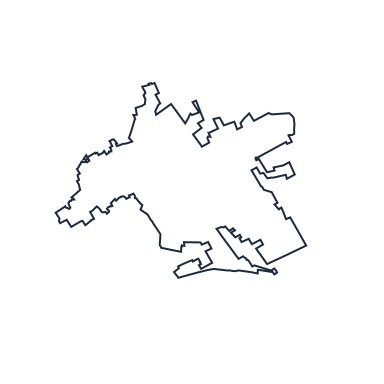 Tixkokob, Yucatán, Mexico (Natural Earth projection), rotated 325°
{"feature_id": "50627088B39788143145852", "entity_name": "Tixkokob", "entity_type": "district", "adm_level": 2, "iso_a3": "MEX", "parent_name": "Mexico", "parent_adm1": "Yucatán", "projection": "natural_earth1", "projection_center": [-89.387, 20.975], "detail": "fine", "context": "isolated", "style": "outline", "palette": "slate", "viewbox_px": 384, "rotation_deg": 325, "n_neighbors": 0, "source": "geoboundaries", "source_scale": "gbopen_adm2", "svg_char_len": 6030}
<svg xmlns="http://www.w3.org/2000/svg" viewBox="0 0 384 384"><g transform="rotate(325 192 192)"><path d="M234.2,298.0L254.8,301.4L257.9,269.1L253.5,268.2L253.6,267.5L255.0,262.1L256.3,256.0L255.4,255.9L253.2,256.1L252.4,249.5L255.8,249.9L257.2,237.9L252.1,231.4L252.4,228.1L252.2,227.4L251.8,226.7L252.2,221.8L252.8,213.9L253.2,208.3L259.0,209.0L258.4,216.1L261.5,217.4L261.6,224.0L265.6,225.9L266.5,226.7L267.8,227.3L278.7,231.7L278.5,232.3L278.0,233.6L277.3,235.6L278.4,235.7L282.3,236.2L286.2,236.6L287.6,229.3L288.3,225.7L288.8,223.4L287.3,223.2L281.8,222.5L281.8,222.4L281.4,222.3L272.9,218.7L271.9,221.8L264.8,218.8L265.7,203.5L262.9,202.9L263.0,201.6L264.1,201.8L264.1,200.5L265.8,201.4L297.8,205.0L297.4,207.1L302.5,208.2L303.6,200.9L304.3,201.0L306.6,202.7L309.1,203.0L311.4,199.5L313.4,196.9L314.5,195.7L314.9,195.1L317.7,189.9L317.8,189.6L317.9,189.0L317.0,183.3L302.1,174.3L301.4,173.2L299.9,171.3L299.9,171.2L283.5,169.2L283.9,160.4L277.1,161.6L271.2,163.4L270.3,167.4L264.9,166.6L267.0,158.7L261.0,157.0L260.9,157.0L256.3,155.7L257.0,149.5L257.2,146.9L251.4,144.6L249.7,155.0L240.4,153.4L240.3,153.5L239.6,153.3L239.5,153.2L238.7,157.3L237.2,155.8L235.7,156.3L235.3,157.3L235.2,158.0L234.5,161.4L226.0,160.5L226.2,159.1L225.9,145.4L236.6,145.0L236.3,139.1L242.8,139.6L247.7,119.5L244.0,118.7L243.9,120.4L243.8,121.3L243.7,122.9L243.6,129.0L243.3,130.2L243.1,130.8L236.1,128.9L236.1,128.2L235.7,126.9L233.2,128.1L231.7,129.2L225.8,131.9L225.5,116.4L225.4,112.5L225.4,111.8L225.3,107.9L206.9,108.2L208.3,104.7L212.1,102.6L214.7,101.2L215.0,101.2L216.7,101.3L217.4,96.2L217.4,95.7L217.9,91.4L221.6,92.0L223.8,81.2L221.0,80.5L221.0,80.4L221.0,79.4L219.7,79.0L218.6,78.5L218.3,79.7L212.9,77.7L211.7,77.2L211.3,79.2L211.1,82.1L210.9,83.2L210.7,83.9L210.3,83.9L210.1,84.2L209.4,84.3L208.3,85.1L207.8,85.1L207.8,85.8L207.5,86.3L207.5,86.5L207.3,87.0L207.4,87.5L207.4,87.8L207.2,88.1L207.2,88.8L207.1,89.2L203.7,93.0L200.2,92.7L196.2,91.5L194.0,90.8L191.2,97.0L189.7,96.6L188.2,95.3L187.4,99.5L187.0,99.5L180.8,104.4L179.1,105.8L174.2,109.5L173.1,110.3L172.5,110.7L172.2,110.9L171.8,111.3L171.2,111.5L171.9,114.9L171.9,116.4L166.0,114.6L162.6,112.8L161.5,112.7L156.8,111.3L157.2,109.0L158.4,109.2L158.3,105.7L158.0,103.9L156.7,103.3L156.4,103.2L156.2,103.4L154.1,103.0L153.6,103.0L153.8,104.1L153.6,104.7L153.5,105.0L153.0,108.7L150.3,108.5L150.3,109.3L150.2,109.6L150.1,111.2L149.2,112.5L148.4,112.0L147.9,111.8L147.7,111.6L147.3,111.2L147.1,111.2L146.2,112.2L146.1,112.3L145.6,112.2L144.0,112.2L143.5,112.2L143.5,110.4L143.6,109.3L143.6,107.9L142.8,108.1L142.4,108.4L142.0,108.5L141.7,108.7L141.4,108.9L139.5,108.5L136.7,108.3L136.9,105.4L135.2,105.2L135.2,104.3L128.8,103.8L126.2,103.7L126.4,101.2L124.2,102.0L122.0,102.9L123.3,104.6L126.1,104.8L125.8,107.5L123.1,107.5L123.1,106.2L122.2,106.4L121.5,106.2L120.6,105.5L119.8,105.0L119.6,103.8L119.2,103.9L118.8,104.1L118.1,104.1L117.9,104.5L117.3,104.7L116.6,105.1L116.3,105.2L116.1,105.4L115.8,105.4L115.1,105.6L113.3,106.6L112.0,107.1L110.9,107.2L110.7,112.5L109.1,112.5L108.3,112.3L107.8,112.9L107.5,113.7L107.2,114.3L107.1,115.1L106.9,115.8L106.4,117.3L104.0,117.1L103.7,120.6L101.6,126.1L94.5,126.9L90.2,127.3L90.2,128.1L90.8,128.7L91.0,129.3L91.1,130.5L89.4,129.5L87.9,129.9L87.2,129.2L85.8,129.5L85.3,129.9L84.3,130.2L83.8,132.1L83.3,135.1L82.5,135.3L81.6,135.3L80.8,133.8L80.4,133.0L80.2,133.0L79.7,131.6L79.9,131.0L78.6,131.1L68.4,130.8L68.3,137.6L66.3,139.6L66.1,141.9L73.4,142.9L73.1,151.3L84.2,152.2L85.8,152.9L85.6,158.0L93.6,157.5L93.6,157.3L96.4,157.8L97.1,149.9L99.5,150.2L105.7,149.2L106.3,151.1L106.3,151.4L106.5,152.1L106.5,152.5L106.6,152.9L106.7,153.5L106.6,154.8L106.7,156.6L107.1,157.4L107.8,157.9L108.6,158.3L109.8,158.8L110.1,160.1L109.9,160.9L112.4,160.7L113.2,159.9L113.2,158.8L112.7,158.1L112.7,157.9L112.7,156.9L114.0,156.5L114.8,156.4L115.3,156.6L115.5,156.6L116.9,156.7L117.1,156.8L117.4,157.4L118.0,157.6L118.7,157.8L118.8,157.2L119.0,156.4L119.0,156.1L119.1,154.6L124.8,153.5L124.9,155.6L128.9,154.9L130.2,155.2L130.5,155.0L130.7,154.9L131.7,155.5L132.1,155.6L132.6,155.7L133.4,156.2L134.4,158.5L134.1,159.7L134.2,159.9L134.6,159.9L136.4,160.2L137.2,160.2L137.9,160.6L138.4,158.6L139.4,159.0L140.1,159.1L140.3,159.2L141.0,159.3L141.4,159.4L142.4,159.7L143.0,159.7L143.0,160.5L143.1,161.2L143.0,162.2L142.1,164.0L141.8,164.4L142.4,164.9L142.9,165.5L142.8,166.9L142.8,167.4L142.7,168.3L142.8,168.7L143.2,170.4L142.9,171.1L143.1,171.4L143.3,172.0L143.5,173.3L143.8,174.2L139.7,177.0L142.5,184.4L142.7,184.5L142.6,185.7L142.6,186.0L142.7,186.9L142.3,189.4L142.3,192.5L142.5,193.0L142.2,195.8L142.0,206.4L141.9,208.5L137.8,213.7L135.9,215.9L135.1,217.0L135.0,218.3L135.2,218.8L134.8,220.1L143.8,229.6L148.7,234.7L152.1,230.5L152.4,230.8L153.1,230.0L154.8,231.8L154.9,231.6L156.7,228.5L157.7,229.3L168.3,236.9L170.0,238.2L169.8,240.7L176.5,242.2L175.5,249.5L169.1,248.3L168.8,251.3L167.9,261.6L155.4,260.2L155.7,255.9L158.0,256.2L158.1,254.2L158.6,254.2L158.9,250.2L157.3,249.9L152.9,249.5L153.1,247.9L143.8,245.9L137.9,245.0L137.6,246.9L131.3,247.3L131.7,253.4L131.5,254.4L142.5,258.3L151.0,261.4L160.4,265.0L165.8,267.6L176.7,277.2L177.7,277.6L179.4,279.4L179.6,279.6L182.0,281.7L183.0,282.1L184.9,282.8L187.0,284.6L195.2,292.3L196.6,293.9L199.1,296.4L200.4,294.6L201.3,293.5L203.7,295.7L212.1,303.9L212.2,304.5L212.2,306.7L213.2,306.8L215.5,306.7L215.8,304.3L215.5,301.8L212.2,301.8L212.2,302.3L201.0,287.9L198.6,287.6L198.7,286.1L198.9,285.3L198.8,283.6L199.0,281.2L199.0,280.4L197.7,278.8L198.3,277.8L198.0,277.1L197.2,275.2L197.0,274.0L193.0,273.6L191.8,273.5L191.6,266.3L191.3,253.2L191.2,251.5L191.0,242.4L191.1,241.0L191.0,236.2L192.2,236.5L193.4,236.9L195.8,237.4L196.3,237.9L197.7,239.2L198.7,239.1L199.4,239.2L200.2,245.3L204.8,245.3L205.2,248.1L200.6,247.6L201.5,254.0L203.8,254.2L206.6,254.5L206.3,257.4L204.4,257.1L204.1,259.6L203.9,261.4L211.6,262.9L211.1,269.1L211.7,269.1L212.8,269.3L220.7,270.4L220.0,275.8L212.1,275.1L212.0,277.8L212.1,281.7L212.2,294.1L234.2,298.0Z" fill="none" stroke="#1e293b" stroke-width="2"/></g></svg>